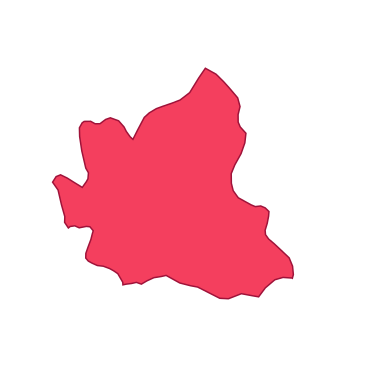 the border of Dolneni, rotated 29°
{"feature_id": "MKD-2928", "entity_name": "Dolneni", "entity_type": "Statistical Region", "adm_level": 1, "iso_a3": "MKD", "parent_name": "North Macedonia", "parent_adm1": "", "projection": "natural_earth1", "projection_center": [21.402, 41.472], "detail": "fine", "context": "isolated", "style": "filled", "palette": "rose", "viewbox_px": 384, "rotation_deg": 29, "n_neighbors": 0, "source": "natural_earth", "source_scale": "10m", "svg_char_len": 1551}
<svg xmlns="http://www.w3.org/2000/svg" viewBox="0 0 384 384"><g transform="rotate(29 192 192)"><path d="M114.8,174.6L114.4,164.4L114.1,149.9L116.3,143.4L120.4,136.4L124.8,131.3L131.5,123.9L137.0,117.3L141.8,106.2L142.6,88.9L143.7,77.3L147.5,77.3L149.6,77.3L155.9,77.3L165.9,80.1L174.1,82.9L186.3,87.5L192.6,94.0L194.8,102.0L198.5,108.5L202.6,111.7L210.7,114.5L214.4,123.4L216.3,134.6L216.3,147.6L217.4,156.9L222.2,165.3L227.4,170.9L235.2,174.6L242.6,174.6L249.6,174.6L254.4,174.1L258.9,170.9L263.7,170.4L268.8,171.8L270.7,176.0L273.0,183.0L274.5,190.0L277.0,193.7L281.9,196.0L288.9,197.4L300.0,200.2L308.9,202.5L315.9,208.1L320.7,215.1L321.6,218.8L321.1,218.8L313.0,222.6L307.0,228.6L302.6,240.3L301.1,251.4L294.1,253.8L284.5,257.0L275.6,267.7L267.8,271.5L243.0,272.4L236.1,274.7L225.4,277.5L216.2,277.5L209.8,277.5L206.1,280.8L200.2,285.4L195.7,291.5L192.4,297.1L187.2,298.0L183.5,301.3L179.1,304.5L176.6,306.7L175.2,304.5L166.7,299.4L161.5,298.9L157.0,298.9L150.4,299.9L144.8,302.2L138.9,302.7L134.8,302.7L131.1,301.3L128.9,297.1L127.7,290.1L126.6,282.6L125.1,277.0L124.4,273.8L119.6,271.9L116.3,273.3L110.7,278.0L105.9,278.4L102.2,281.2L101.3,283.4L95.3,280.3L92.7,275.2L83.9,266.3L73.9,255.2L65.3,251.0L65.7,244.4L68.7,240.7L76.1,240.3L82.8,240.7L93.8,241.2L94.6,234.2L94.6,230.9L92.1,225.4L87.5,222.6L75.7,209.5L66.8,197.9L63.2,191.8L62.4,190.4L62.4,184.8L63.5,182.5L69.1,179.3L74.2,179.3L78.4,176.9L81.3,170.4L84.6,166.7L93.3,165.3L101.1,168.1L105.2,170.9L111.1,173.7L114.8,174.6Z" fill="#f43f5e" stroke="#9f1239" stroke-width="1.5"/></g></svg>